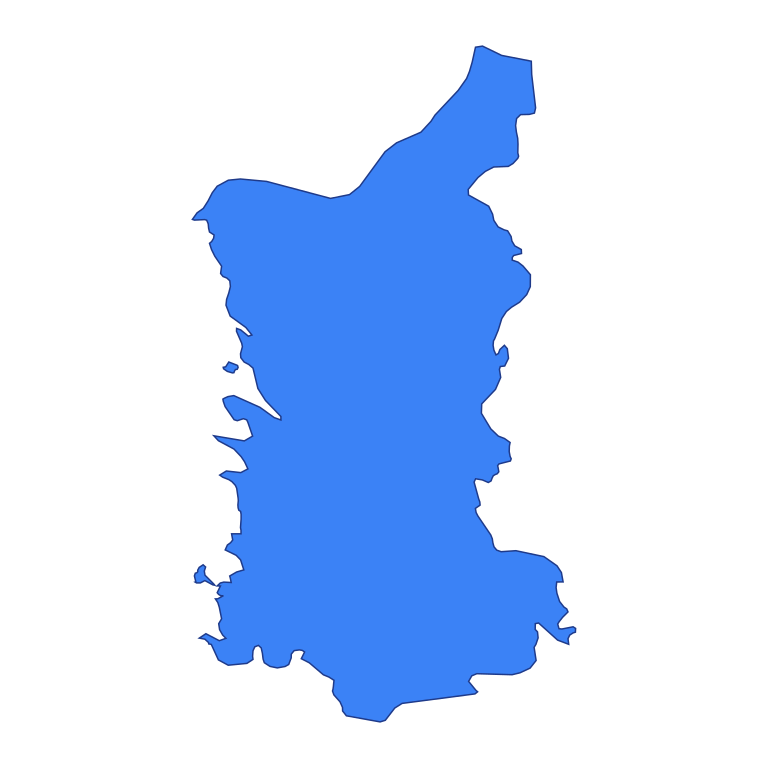 SVG path tracing the border of Satakunta
{"feature_id": "FIN-3192", "entity_name": "Satakunta", "entity_type": "Region", "adm_level": 1, "iso_a3": "FIN", "parent_name": "Finland", "parent_adm1": "", "projection": "albers", "projection_center": [22.046, 61.595], "detail": "fine", "context": "isolated", "style": "filled", "palette": "blue", "viewbox_px": 768, "rotation_deg": 0, "n_neighbors": 0, "source": "natural_earth", "source_scale": "10m", "svg_char_len": 4409}
<svg xmlns="http://www.w3.org/2000/svg" viewBox="0 0 768 768"><path d="M208.7,643.9L208.6,642.6L204.9,639.2L199.3,638.1L205.9,633.7L219.3,640.7L225.9,638.3L222.7,635.1L219.6,629.7L218.7,623.7L221.6,618.8L219.3,607.3L217.8,602.5L215.4,598.9L217.7,598.8L223.4,595.7L221.7,595.8L220.2,595.4L218.6,594.4L217.2,592.7L220.4,586.0L217.2,585.9L220.3,583.0L223.8,582.1L231.2,582.5L230.2,577.7L229.7,576.0L236.6,572.0L243.8,569.9L240.6,559.9L236.2,555.3L225.2,549.9L227.4,545.0L230.6,542.7L232.7,540.0L231.6,533.8L241.0,533.8L241.0,530.3L240.5,527.7L241.1,519.1L241.1,514.3L240.6,511.4L238.8,510.2L238.1,507.8L237.9,504.9L238.3,500.6L238.1,498.0L236.7,488.3L235.4,485.4L232.0,481.7L229.0,479.7L222.7,477.2L219.7,475.1L226.3,471.0L240.8,472.6L247.9,468.9L244.6,461.8L241.1,456.6L233.9,449.0L218.4,440.7L213.9,435.8L244.3,440.9L252.6,436.1L247.9,422.4L246.7,419.8L243.4,418.7L237.3,420.7L234.1,419.7L225.1,406.6L223.3,401.4L222.9,399.1L224.4,398.2L228.0,396.6L233.8,395.6L259.9,407.3L274.2,417.6L280.9,420.0L280.9,416.5L265.5,400.5L257.9,388.5L253.0,368.1L248.8,364.5L244.1,362.0L240.8,357.7L240.5,353.8L242.4,346.7L241.7,343.2L236.5,331.3L236.6,328.4L240.7,329.9L248.4,336.2L251.9,335.0L245.9,327.5L230.2,316.1L226.0,305.2L226.6,299.4L228.8,292.9L230.4,286.5L229.8,280.8L226.8,278.0L223.0,276.5L220.6,273.5L221.6,266.2L214.8,256.2L211.5,249.5L209.5,243.3L211.6,241.6L213.6,238.3L214.1,235.0L209.5,232.0L208.6,228.2L208.2,223.8L206.7,220.2L204.7,219.6L194.4,220.1L192.4,219.4L197.1,212.8L203.3,208.4L208.1,200.9L212.3,192.7L217.2,186.2L228.3,180.2L240.4,179.0L266.5,181.4L330.5,198.4L349.5,194.6L359.7,186.4L385.1,151.7L396.6,142.8L420.9,132.2L431.0,121.3L435.0,115.1L458.2,90.4L466.6,78.5L469.5,71.4L472.2,62.1L475.5,47.2L482.5,46.1L501.6,55.4L531.3,61.2L531.7,74.5L535.6,107.9L534.4,113.1L529.3,114.4L520.6,114.6L516.6,118.5L515.6,125.6L516.4,132.1L517.7,138.3L518.0,144.2L517.8,152.9L518.6,156.2L517.8,158.3L513.1,163.4L508.3,166.4L493.7,167.0L485.3,171.4L478.0,177.5L468.2,189.4L468.5,195.0L488.7,206.2L492.6,214.2L493.8,220.3L498.1,226.9L504.2,229.9L507.6,230.8L511.1,236.5L511.9,241.0L514.7,245.8L521.3,249.5L521.5,253.5L513.7,255.5L512.3,257.4L512.2,260.1L518.0,262.1L523.0,266.0L530.4,274.7L530.3,286.7L526.7,294.6L519.6,302.2L511.4,307.3L506.4,311.5L501.8,318.5L498.2,330.2L494.5,339.2L493.5,340.8L493.1,345.3L493.9,350.1L496.0,354.9L498.4,353.5L499.9,349.5L504.4,345.3L507.3,348.7L508.5,358.3L504.7,366.0L500.3,366.5L499.4,369.3L500.7,377.4L495.5,389.4L481.7,403.9L481.4,413.3L490.8,428.9L498.3,436.1L504.5,438.5L510.1,442.5L509.4,446.0L509.2,451.6L510.1,456.4L511.2,458.8L510.4,461.0L499.0,463.9L497.6,465.7L497.9,466.8L498.1,467.6L498.8,471.8L497.2,473.8L495.3,474.5L493.3,475.7L492.0,478.3L491.1,480.9L488.3,482.5L482.3,479.9L475.6,478.8L474.1,482.1L478.7,498.9L479.8,501.9L480.1,505.1L475.4,508.4L476.1,512.5L477.9,516.0L490.8,535.0L492.3,538.8L492.9,542.9L494.0,546.8L496.7,550.1L501.1,551.7L515.9,550.7L543.9,556.6L557.0,565.8L561.4,572.5L563.1,581.9L556.7,582.0L556.1,587.6L556.9,593.2L559.6,601.5L563.9,607.0L566.7,608.9L568.0,611.9L562.6,617.3L559.2,621.6L557.7,624.0L559.0,628.7L561.9,629.0L573.1,626.8L575.6,628.4L575.4,632.2L573.1,632.9L569.7,635.1L568.0,638.7L568.7,644.3L557.6,640.1L538.6,623.0L535.3,623.6L535.2,629.4L537.5,631.9L538.1,637.9L535.9,644.4L534.1,647.3L536.1,660.5L530.1,668.1L520.0,672.8L512.1,674.7L476.8,673.7L471.8,675.8L468.6,681.4L475.9,690.3L477.6,691.8L475.0,693.9L402.1,703.4L394.8,708.0L385.3,720.3L380.1,721.9L346.4,715.8L342.6,711.0L342.5,707.4L340.0,701.8L333.9,694.9L332.5,691.0L333.0,689.2L333.4,686.3L333.7,682.9L334.0,680.3L328.8,677.0L323.4,674.8L309.3,662.8L301.3,658.7L304.1,653.0L304.6,652.0L302.3,650.4L299.4,649.9L294.2,650.6L291.3,654.1L291.2,657.9L288.7,664.5L285.1,666.5L277.3,667.9L270.0,666.4L264.3,662.7L263.1,659.1L262.4,653.3L261.2,647.9L258.4,645.4L254.8,646.8L253.0,650.8L252.6,656.3L253.0,659.4L246.9,663.4L228.2,665.2L218.4,659.9L211.3,644.4L208.7,643.9ZM212.5,582.7L214.2,584.5L214.7,585.2L212.9,584.9L204.9,580.6L200.4,582.9L196.5,582.9L195.2,582.1L195.6,582.0L195.9,581.9L195.4,580.1L194.4,575.9L195.3,573.2L196.9,572.7L197.8,571.6L197.7,570.2L199.2,567.4L203.1,564.8L205.6,567.0L204.3,571.1L205.0,575.2L212.5,582.7ZM237.0,365.2L237.6,365.6L238.1,367.5L237.2,369.3L235.5,369.5L234.6,370.8L233.9,372.7L232.4,372.9L227.3,371.4L223.6,368.8L223.2,367.3L225.7,366.8L228.8,362.0L237.0,365.2Z" fill="#3b82f6" stroke="#1e3a8a" stroke-width="1.5"/></svg>